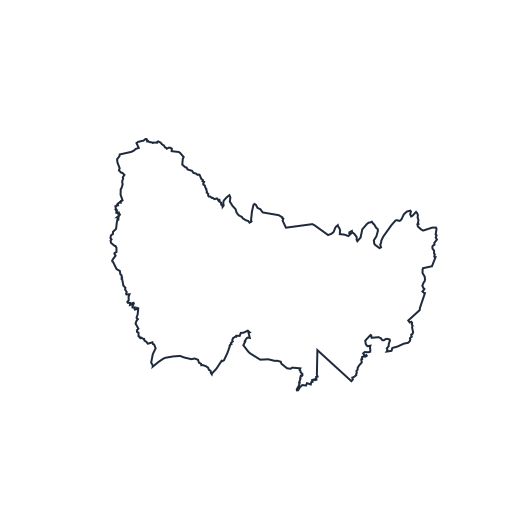 Coscomatepec, Veracruz, Mexico (Natural Earth projection), rotated 47°
{"feature_id": "50627088B83890237461836", "entity_name": "Coscomatepec", "entity_type": "district", "adm_level": 2, "iso_a3": "MEX", "parent_name": "Mexico", "parent_adm1": "Veracruz", "projection": "natural_earth1", "projection_center": [-97.095, 19.059], "detail": "fine", "context": "isolated", "style": "outline", "palette": "slate", "viewbox_px": 512, "rotation_deg": 47, "n_neighbors": 0, "source": "geoboundaries", "source_scale": "gbopen_adm2", "svg_char_len": 6147}
<svg xmlns="http://www.w3.org/2000/svg" viewBox="0 0 512 512"><g transform="rotate(47 256 256)"><path d="M332.9,108.9L333.3,114.1L332.9,115.6L330.5,114.7L329.2,112.4L328.1,112.2L326.4,115.3L326.3,119.4L328.3,124.3L328.5,126.3L328.0,127.3L325.9,128.5L325.2,129.8L325.8,135.9L328.6,149.7L330.2,153.8L331.7,155.6L332.4,157.4L334.9,158.6L334.5,160.3L329.1,161.3L327.6,161.1L324.9,159.1L323.7,154.5L320.7,149.6L319.2,148.6L317.3,148.9L313.4,148.0L312.8,148.3L309.9,147.9L309.5,149.4L308.5,150.7L308.2,152.8L309.0,160.1L313.8,166.9L314.3,171.8L312.9,171.4L310.7,169.4L306.8,169.0L304.1,169.5L303.1,168.8L302.4,171.4L302.9,172.2L304.4,171.6L304.4,174.8L300.6,176.8L297.2,179.8L294.5,176.9L292.2,176.0L290.1,175.8L289.3,175.2L289.1,177.2L289.4,178.8L291.2,182.4L291.4,183.8L291.0,186.3L289.8,189.0L273.6,192.2L271.1,193.1L255.7,214.8L248.3,212.4L247.4,210.6L246.0,210.9L245.7,210.4L241.7,211.5L228.7,221.4L224.8,220.9L221.9,222.1L218.6,221.2L216.9,221.6L216.9,223.0L220.7,228.6L226.5,235.3L227.6,235.6L227.7,236.1L227.2,238.0L225.2,237.8L222.8,239.1L219.4,240.0L217.9,239.7L214.4,240.9L212.7,240.8L211.1,240.6L207.7,239.0L203.3,239.0L198.3,238.0L195.7,234.8L193.4,234.0L193.1,237.6L193.5,241.8L194.7,243.6L197.0,245.2L197.3,246.9L196.4,246.2L194.7,246.4L193.1,245.2L190.4,245.8L190.1,245.7L190.3,244.6L189.9,244.4L189.0,245.5L187.2,245.3L186.1,247.6L183.9,248.0L183.4,248.7L181.4,248.9L180.2,250.0L178.9,249.6L178.0,248.6L176.0,248.8L175.2,247.8L173.6,247.2L173.1,246.6L172.3,246.7L169.5,245.4L168.0,245.8L167.2,245.4L166.4,243.4L164.9,244.1L164.4,243.1L162.3,243.4L158.1,241.9L157.5,242.2L156.8,243.4L154.7,243.7L152.6,245.1L150.1,244.7L146.0,247.0L143.9,246.4L143.0,247.2L138.9,247.6L135.1,243.4L134.3,241.4L128.9,241.2L127.2,241.6L121.8,246.2L120.0,244.3L118.0,245.1L117.3,245.9L116.7,248.1L115.4,248.0L114.6,248.5L112.5,248.0L110.2,248.6L108.1,248.4L105.4,249.4L105.2,250.5L105.7,251.0L103.3,253.4L102.9,254.5L102.0,254.6L99.8,256.4L97.9,256.5L97.9,257.3L95.9,256.3L95.1,257.0L94.9,259.6L92.2,264.2L91.9,266.4L97.0,268.0L95.6,271.1L95.7,273.1L94.8,276.2L88.8,286.4L89.9,287.9L90.5,291.6L93.0,293.5L98.9,295.9L99.8,297.8L103.2,297.8L104.0,297.0L107.0,296.9L107.6,299.8L108.7,300.3L110.3,303.2L112.6,304.6L114.7,308.2L114.9,309.4L118.9,313.3L124.2,315.6L123.7,317.0L124.2,317.2L123.8,318.2L124.7,318.6L123.7,319.7L123.4,321.5L124.8,322.3L123.9,323.2L124.3,323.8L123.7,324.9L126.4,326.5L126.2,327.0L127.4,327.3L127.8,326.7L129.1,328.7L129.5,328.5L129.7,327.5L131.0,328.1L132.1,327.9L131.6,327.0L133.0,327.4L132.9,331.0L133.7,330.0L134.2,331.3L134.7,331.0L135.6,332.0L135.1,332.8L136.3,334.6L140.7,339.8L140.8,344.1L142.4,345.8L142.0,347.4L142.2,348.3L143.6,350.2L145.3,350.3L145.5,351.8L147.6,353.1L152.2,352.5L152.8,351.9L154.9,352.5L157.9,355.3L157.4,357.6L157.7,358.0L160.0,358.5L160.9,363.5L161.7,364.7L162.8,364.6L170.5,366.9L174.1,365.8L176.7,367.6L178.5,367.5L179.7,368.6L180.3,368.5L181.0,369.9L181.7,369.7L187.2,373.2L190.2,373.2L191.2,374.6L194.1,375.1L195.1,376.8L195.8,377.0L197.7,374.6L199.0,377.1L201.6,379.3L201.8,381.4L202.8,381.7L204.6,379.9L205.9,381.6L206.6,380.1L206.3,378.2L206.7,377.5L207.4,377.7L208.6,380.7L209.4,381.4L211.0,379.7L211.7,380.8L212.6,381.1L213.4,379.6L212.8,378.4L214.0,377.8L218.1,382.5L219.6,385.4L220.3,385.7L221.6,385.4L222.0,387.8L223.3,390.2L229.0,391.6L229.1,393.8L230.5,394.8L231.9,394.2L234.5,396.6L235.5,396.1L236.0,396.7L237.3,396.6L237.6,395.5L240.0,394.9L240.4,394.4L241.8,395.3L243.9,394.7L246.4,394.9L248.5,390.6L250.1,391.4L251.4,390.9L255.1,392.4L257.4,398.4L262.4,405.3L266.0,406.3L266.5,407.0L267.0,399.4L267.9,393.7L268.7,391.6L273.0,385.0L277.3,379.7L281.1,377.8L287.3,373.7L289.2,370.7L292.4,369.2L295.1,370.5L297.3,369.7L298.6,370.5L299.2,369.5L302.4,367.8L305.1,367.2L307.1,368.1L308.7,367.5L309.9,367.9L310.5,368.7L312.4,369.0L311.9,368.2L311.4,361.6L309.2,352.6L309.9,352.4L310.4,350.5L307.6,343.4L304.2,336.8L303.7,336.7L303.3,335.6L303.7,334.1L302.5,333.6L302.6,331.2L301.5,330.9L300.4,329.0L300.9,326.1L301.5,325.5L300.9,324.8L303.3,322.4L301.9,319.6L303.6,317.4L305.0,312.9L307.4,312.7L306.8,313.7L311.7,316.4L310.1,317.6L309.8,318.9L310.6,322.3L311.2,322.2L312.6,326.1L320.7,326.9L323.3,326.7L334.7,323.6L340.0,317.4L345.5,313.8L347.0,312.0L349.8,310.2L350.3,310.0L352.1,310.9L359.3,309.9L362.1,307.6L362.3,305.7L368.4,300.2L369.0,301.8L370.3,301.8L371.2,302.6L373.9,302.5L374.9,303.4L375.0,304.4L374.1,304.6L374.1,305.0L375.7,307.3L376.1,307.2L378.0,310.8L378.5,310.5L379.4,311.9L380.2,313.4L381.3,317.1L382.2,317.7L382.9,316.8L381.9,313.2L382.0,310.1L384.8,307.8L383.8,305.4L387.3,303.6L386.0,301.6L386.6,300.5L385.0,299.7L385.7,298.2L386.8,298.2L385.9,297.7L386.4,296.7L387.2,297.2L387.7,296.1L385.5,294.6L386.2,293.2L384.4,292.5L366.7,275.3L412.6,271.6L412.4,269.5L410.6,268.5L411.3,266.9L411.5,263.9L410.6,263.2L410.2,262.0L408.6,261.0L408.4,259.1L407.1,257.9L406.3,254.9L406.0,251.3L403.4,249.5L403.8,248.7L402.2,247.3L403.0,245.4L404.1,244.9L404.5,243.1L403.7,242.9L403.2,244.6L400.3,244.0L400.4,242.0L402.9,239.6L403.9,237.8L402.3,236.1L400.7,235.2L399.6,233.5L398.1,235.9L397.1,236.1L395.1,235.7L392.4,233.8L391.9,226.4L392.6,226.5L392.8,226.0L394.7,227.2L398.9,221.8L401.2,220.8L403.8,221.0L404.8,220.0L405.2,217.8L406.0,216.6L408.1,215.2L409.2,215.7L410.9,219.0L412.4,220.4L412.8,223.3L414.6,224.1L415.0,225.6L417.6,221.9L417.7,221.3L416.3,219.3L416.5,218.5L418.7,214.3L421.0,207.5L423.2,204.0L423.2,201.7L422.3,200.1L421.2,199.6L421.0,197.5L421.2,197.1L419.4,196.2L419.7,194.6L418.9,193.1L414.7,190.6L413.7,188.9L412.4,188.8L411.3,187.4L410.0,187.3L409.5,188.9L407.0,188.6L407.2,173.2L405.7,171.4L398.4,157.8L397.7,158.3L395.5,158.5L395.0,155.3L393.5,155.4L391.2,154.6L389.7,151.5L389.5,149.9L388.4,148.4L386.1,146.7L382.0,145.8L379.7,143.6L378.8,142.2L383.5,134.3L379.3,125.5L378.6,126.1L378.0,126.0L376.7,124.1L375.7,124.1L373.5,122.1L371.0,121.9L369.4,120.6L369.1,119.4L369.5,117.8L368.0,116.6L367.4,112.5L365.0,111.9L364.0,109.8L362.7,109.9L359.4,105.6L358.0,105.0L355.4,107.8L351.4,116.4L349.4,117.1L344.9,117.5L342.9,116.4L343.4,115.3L342.2,114.9L340.4,112.6L338.0,111.5L336.6,109.8L334.9,109.0L332.9,108.9Z" fill="none" stroke="#1e293b" stroke-width="2"/></g></svg>